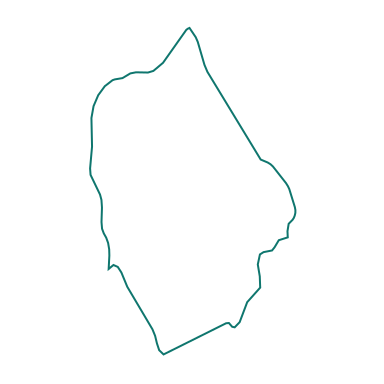 map outline of Obock (Equal Earth projection), rotated 183°
{"feature_id": "DJI-1570", "entity_name": "Obock", "entity_type": "Region", "adm_level": 1, "iso_a3": "DJI", "parent_name": "Djibouti", "parent_adm1": "", "projection": "equal_earth", "projection_center": [43.052, 12.273], "detail": "fine", "context": "isolated", "style": "outline", "palette": "teal", "viewbox_px": 384, "rotation_deg": 183, "n_neighbors": 0, "source": "natural_earth", "source_scale": "10m", "svg_char_len": 1017}
<svg xmlns="http://www.w3.org/2000/svg" viewBox="0 0 384 384"><g transform="rotate(183 192 192)"><path d="M148.3,63.1L151.1,62.7L211.9,28.3L216.5,32.3L219.1,39.0L221.3,46.4L224.3,52.8L251.7,94.0L258.3,107.9L262.2,113.3L266.6,115.0L271.2,110.8L271.2,124.1L271.7,130.4L273.1,136.7L275.3,141.9L277.9,146.0L279.9,150.6L280.8,157.3L281.1,171.7L282.0,179.3L283.7,184.6L294.2,203.8L295.0,210.2L294.2,232.1L296.3,260.6L294.8,272.6L290.7,283.8L284.6,293.1L277.2,299.5L275.0,300.4L267.4,302.1L259.8,307.2L254.2,308.6L242.2,309.0L236.9,310.9L227.7,319.5L206.2,353.6L204.8,354.8L203.1,355.7L196.4,346.8L194.1,342.2L186.2,319.6L182.9,312.8L125.1,228.0L117.9,225.4L115.0,223.8L112.5,221.7L98.6,205.8L96.5,202.8L95.0,200.0L88.5,182.3L87.8,179.4L87.7,176.5L88.2,173.7L89.0,171.4L90.1,169.5L93.8,165.3L94.6,157.8L94.0,151.7L102.8,148.4L106.6,141.2L109.0,137.8L117.4,135.7L120.9,133.2L122.5,123.1L119.9,111.3L118.9,100.1L131.1,84.9L137.6,64.5L142.3,59.1L144.8,59.5L148.3,63.1Z" fill="none" stroke="#0f766e" stroke-width="2"/></g></svg>